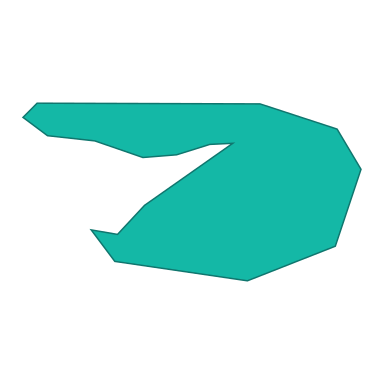 the state/province of Palmyra Atoll
{"feature_id": "UMI-5178", "entity_name": "Palmyra Atoll", "entity_type": "state/province", "adm_level": 1, "iso_a3": "UMI", "parent_name": "United States Minor Outlying Islands", "parent_adm1": "", "projection": "natural_earth1", "projection_center": [-162.082, 5.88], "detail": "fine", "context": "isolated", "style": "filled", "palette": "teal", "viewbox_px": 384, "rotation_deg": 0, "n_neighbors": 0, "source": "natural_earth", "source_scale": "10m", "svg_char_len": 343}
<svg xmlns="http://www.w3.org/2000/svg" viewBox="0 0 384 384"><path d="M337.1,129.1L361.0,169.3L335.3,246.2L247.4,280.8L114.8,261.4L91.2,229.9L117.5,234.4L144.6,205.3L232.8,143.3L209.8,144.4L176.6,154.8L142.9,157.5L94.8,140.9L47.5,135.7L23.0,117.4L37.1,103.2L260.0,103.9L337.1,129.1Z" fill="#14b8a6" stroke="#0f766e" stroke-width="1.5"/></svg>